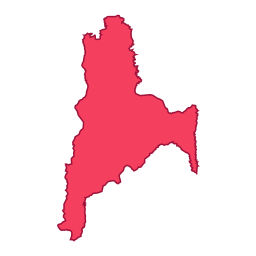 outline of Dan Sai, Loei, Thailand
{"feature_id": "78962969B41697678812601", "entity_name": "Dan Sai", "entity_type": "district", "adm_level": 2, "iso_a3": "THA", "parent_name": "Thailand", "parent_adm1": "Loei", "projection": "robinson", "projection_center": [101.262, 17.217], "detail": "fine", "context": "isolated", "style": "filled", "palette": "rose", "viewbox_px": 256, "rotation_deg": 0, "n_neighbors": 0, "source": "geoboundaries", "source_scale": "gbopen_adm2", "svg_char_len": 5750}
<svg xmlns="http://www.w3.org/2000/svg" viewBox="0 0 256 256"><path d="M119.2,15.7L118.0,15.4L115.3,16.6L108.0,16.6L106.3,17.4L106.0,18.5L105.0,18.2L104.2,18.7L103.9,19.4L104.6,20.5L104.3,21.8L104.9,22.3L104.8,23.2L105.5,23.6L104.9,24.2L104.9,25.1L105.9,25.5L105.3,25.8L105.1,26.5L106.4,26.4L106.0,27.1L106.2,28.4L104.9,29.2L102.1,29.8L101.1,30.6L100.2,30.7L100.5,32.5L99.9,33.7L101.6,34.6L100.4,35.6L100.1,36.7L100.3,38.3L99.4,39.2L96.0,39.4L95.2,38.3L95.2,35.7L94.8,35.2L93.5,36.3L90.2,37.2L89.9,34.6L91.5,34.6L91.9,33.6L90.5,33.5L88.8,34.1L87.5,33.3L85.4,35.2L84.3,35.2L84.6,35.4L84.2,37.0L84.6,37.8L82.7,39.8L83.3,41.4L82.9,41.8L83.3,42.4L83.1,42.8L84.4,45.5L84.1,45.8L84.7,47.2L84.6,48.9L85.4,51.4L85.0,52.3L85.4,52.6L85.0,54.6L84.5,55.2L83.5,61.4L82.5,63.2L81.9,65.3L82.5,66.7L85.2,69.4L85.1,70.1L85.9,70.8L84.5,74.7L85.3,75.6L84.9,77.5L85.5,79.0L85.4,79.7L86.0,80.2L85.6,80.6L86.6,81.1L86.2,82.2L87.8,84.8L88.0,87.1L86.5,92.1L86.4,94.1L85.2,96.9L83.5,97.9L82.1,99.6L80.1,100.1L79.6,100.9L78.9,101.2L78.6,102.8L77.9,103.4L77.3,104.6L75.4,105.7L75.0,107.7L77.2,111.0L78.4,115.2L83.6,122.2L83.2,127.7L82.9,128.7L80.5,130.6L78.9,134.6L75.2,136.8L74.4,139.4L72.9,142.0L73.0,144.9L74.2,144.9L74.5,145.5L73.0,148.2L74.4,150.6L73.7,152.4L73.9,156.3L72.4,157.3L71.3,158.9L71.7,164.0L69.4,164.5L68.8,165.1L66.6,164.1L65.5,164.2L66.6,167.8L65.5,170.9L67.1,171.6L67.2,172.8L66.0,174.3L65.0,177.3L65.7,178.8L67.0,179.9L67.0,182.1L67.6,182.7L67.7,183.6L67.4,185.1L66.7,186.0L67.4,187.8L65.7,190.4L66.3,190.6L67.6,192.8L67.7,194.8L66.6,195.6L66.3,196.4L66.9,199.0L66.3,199.5L64.0,204.2L64.0,209.8L63.0,210.1L62.8,210.8L64.9,213.8L63.6,215.1L63.5,216.9L65.5,219.8L65.6,220.6L62.7,222.1L61.3,223.7L58.5,224.5L57.8,225.2L58.4,227.1L60.4,229.7L62.0,230.3L62.8,229.9L64.3,230.2L66.2,229.6L68.0,230.4L68.9,230.0L71.3,231.2L71.9,232.8L71.7,236.3L70.4,239.6L72.6,239.7L74.1,240.6L74.6,239.8L75.7,239.5L78.4,237.3L80.9,236.3L81.1,234.1L81.8,233.1L82.2,231.5L82.2,230.3L81.7,229.9L81.7,229.2L82.9,228.1L82.7,227.4L84.1,227.2L84.7,225.5L84.3,224.0L84.7,223.8L84.6,223.1L85.4,222.3L85.5,220.9L85.2,218.5L85.4,215.4L84.8,213.3L85.1,208.3L84.6,207.2L85.2,205.7L84.5,206.0L84.5,205.0L83.9,204.8L84.2,204.4L85.2,204.5L84.9,203.8L84.2,204.2L83.9,203.7L83.5,203.9L84.1,202.2L85.2,202.5L84.7,201.6L85.8,198.2L85.2,197.7L89.1,196.6L89.6,195.6L91.5,195.1L93.0,193.4L97.6,192.9L101.9,191.4L103.1,185.9L104.9,185.2L108.0,181.6L113.3,180.6L114.4,181.0L117.2,183.5L118.6,183.5L119.0,182.8L120.4,182.1L120.5,181.2L119.3,176.9L119.4,174.7L123.4,170.4L124.1,167.6L125.1,166.4L126.9,165.4L128.9,166.0L130.3,166.9L131.6,168.2L132.0,169.2L132.6,169.3L134.0,170.9L136.9,169.3L138.8,166.9L139.8,167.3L140.9,167.0L141.3,166.1L142.2,165.6L142.5,164.7L144.7,162.5L144.6,159.4L144.9,158.8L148.6,156.2L149.7,155.0L149.7,153.6L152.0,153.1L152.2,152.3L153.1,152.0L154.1,150.4L155.8,149.3L155.9,147.9L158.2,147.1L158.2,145.6L159.4,145.5L159.8,144.5L162.5,144.2L164.2,145.3L165.6,144.5L167.9,144.6L169.6,143.0L171.5,142.4L172.0,141.9L173.3,142.1L172.9,142.6L173.2,143.2L174.2,143.7L176.6,143.7L177.0,145.9L177.9,145.5L178.8,146.1L179.2,146.8L180.2,147.2L181.3,148.7L181.3,149.4L186.3,152.6L187.6,152.9L189.6,155.0L189.3,156.4L189.7,156.8L189.7,158.6L190.9,160.3L190.7,161.0L189.4,161.1L189.4,161.6L189.8,162.5L191.7,164.2L191.7,164.7L190.6,165.4L191.3,166.9L192.5,167.5L192.0,168.2L192.5,168.7L191.5,169.9L192.2,170.9L194.2,171.3L194.5,172.0L195.5,172.2L196.6,173.4L197.1,166.9L197.4,166.1L198.2,165.9L197.2,165.1L197.3,163.6L196.5,163.1L197.6,162.0L196.3,161.7L196.8,160.1L195.3,159.6L196.1,157.7L195.6,156.7L196.1,155.3L196.0,154.7L195.3,154.5L195.9,152.5L195.4,151.9L196.3,149.4L195.2,147.9L195.8,147.3L195.4,146.4L195.9,146.2L195.2,145.5L195.5,144.7L194.9,143.7L195.8,142.9L195.8,141.4L195.1,141.1L195.1,140.7L195.6,140.8L195.6,140.2L194.6,139.0L195.3,138.0L194.8,137.8L195.1,136.5L194.5,136.0L194.4,135.2L195.0,134.4L194.1,134.1L194.4,133.6L194.0,132.4L194.8,132.1L195.7,129.9L195.7,127.5L196.2,126.4L196.0,125.8L196.9,123.5L196.8,122.0L196.1,121.1L197.0,119.0L196.9,116.1L197.7,115.5L197.4,115.0L197.7,113.9L196.1,112.9L196.0,112.4L196.8,112.0L197.4,110.9L198.0,110.7L197.3,110.2L197.2,109.4L196.0,108.8L195.6,105.6L192.3,105.1L191.6,106.4L190.0,107.8L188.3,107.7L187.7,108.6L186.8,109.0L185.7,110.8L184.4,111.2L183.0,112.8L181.5,112.8L179.9,111.7L178.0,111.3L174.1,112.7L172.8,112.7L171.1,113.7L170.5,113.1L168.9,113.0L168.2,112.2L167.3,108.9L165.7,107.9L164.8,106.6L162.6,100.9L159.9,99.2L157.2,98.2L152.9,95.4L150.4,94.7L140.2,95.6L136.1,93.9L134.7,91.5L135.1,90.7L134.8,89.5L135.6,87.9L135.8,86.1L136.8,85.3L136.6,84.0L137.1,83.3L138.3,83.2L138.0,82.8L138.4,82.4L138.7,82.9L138.8,82.1L139.3,82.4L140.1,81.7L141.0,81.7L141.5,80.0L140.5,79.2L140.4,78.4L139.9,78.6L139.3,78.0L139.0,77.1L137.9,77.4L138.0,76.9L137.4,77.0L136.8,76.1L136.9,75.1L135.9,74.8L135.5,74.1L135.9,73.4L135.5,73.1L135.7,72.3L136.8,73.3L137.1,72.3L138.0,72.1L138.2,71.5L138.0,71.4L138.5,71.0L137.3,69.9L136.8,70.0L136.9,69.6L136.5,69.8L136.3,68.8L137.0,67.2L136.9,66.6L137.1,66.4L137.3,67.0L137.7,66.1L135.6,66.1L135.0,66.8L134.1,65.8L134.1,65.2L133.7,64.9L133.6,65.2L133.7,64.4L134.3,63.8L135.4,63.1L135.9,63.3L134.9,62.8L133.9,62.7L133.9,62.0L133.3,61.6L133.5,59.7L134.1,60.2L135.2,59.7L135.2,59.3L134.5,59.2L134.3,57.2L133.7,57.3L133.0,56.7L134.0,55.4L135.9,54.6L135.0,54.5L134.2,52.3L132.0,51.2L131.8,50.7L132.5,49.7L130.2,50.4L129.6,50.0L129.0,48.4L129.8,47.9L130.3,46.3L131.5,46.6L131.9,45.1L133.3,44.8L133.7,44.2L132.4,43.6L133.2,41.0L131.5,37.9L131.1,35.5L131.0,32.1L131.8,29.3L130.8,29.3L129.3,28.4L129.3,27.6L130.1,27.0L128.5,26.0L128.3,25.3L127.5,25.3L122.9,22.5L121.9,22.9L121.9,22.1L123.8,20.7L123.8,19.3L123.5,18.5L121.8,17.8L120.3,18.0L119.2,15.7Z" fill="#f43f5e" stroke="#9f1239" stroke-width="1.5"/></svg>